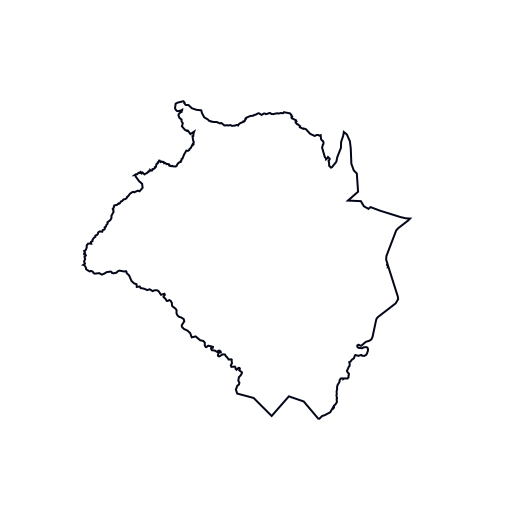 San José Miahuatlán, Puebla, Mexico, rotated 57°
{"feature_id": "50627088B64695964742161", "entity_name": "San José Miahuatlán", "entity_type": "district", "adm_level": 2, "iso_a3": "MEX", "parent_name": "Mexico", "parent_adm1": "Puebla", "projection": "mercator", "projection_center": [-97.317, 18.226], "detail": "fine", "context": "isolated", "style": "outline", "palette": "ink", "viewbox_px": 512, "rotation_deg": 57, "n_neighbors": 0, "source": "geoboundaries", "source_scale": "gbopen_adm2", "svg_char_len": 6131}
<svg xmlns="http://www.w3.org/2000/svg" viewBox="0 0 512 512"><g transform="rotate(57 256 256)"><path d="M426.2,292.4L427.0,291.5L426.2,287.7L426.9,285.3L427.5,278.9L425.1,274.1L425.9,274.1L425.6,273.1L424.0,272.2L423.8,270.4L422.6,267.7L419.8,266.2L419.6,265.6L416.8,264.5L415.4,263.2L413.8,262.4L411.5,260.2L410.5,259.8L408.7,258.0L407.0,254.4L405.8,253.6L404.9,251.7L406.0,249.6L406.4,249.4L406.8,249.7L406.9,248.4L408.6,245.9L408.2,244.5L406.9,243.8L406.4,243.0L405.3,242.2L403.8,242.5L402.0,242.4L399.6,238.8L399.1,237.3L397.2,236.0L395.8,235.6L396.0,234.1L395.2,232.2L395.1,229.6L393.2,227.1L393.2,226.6L395.5,224.5L396.3,221.6L397.5,221.3L398.8,219.5L398.9,217.5L398.2,216.0L396.0,213.3L394.3,212.5L393.3,212.5L392.3,213.4L391.2,215.5L391.2,217.2L388.9,220.0L387.5,220.5L386.2,219.8L386.3,218.3L388.5,216.9L388.6,216.5L387.8,210.6L388.8,207.3L388.8,204.7L387.2,202.2L375.1,190.1L374.1,188.7L373.6,186.9L371.8,164.7L369.6,160.3L367.4,159.2L337.6,151.0L337.3,151.5L336.9,150.9L334.8,151.0L334.5,150.6L334.8,150.2L329.9,148.8L327.1,146.7L310.9,124.5L310.1,121.3L309.1,109.2L308.5,106.4L306.1,109.7L302.2,113.5L285.7,127.2L277.4,133.3L277.7,136.0L273.1,138.4L267.1,138.2L259.6,148.7L257.7,135.4L241.7,126.5L237.5,127.4L230.6,125.8L217.3,117.9L211.0,114.8L203.6,113.6L199.8,114.8L202.5,117.2L206.8,122.6L211.5,125.8L217.3,133.9L220.7,137.3L222.9,144.0L222.7,145.0L220.2,145.5L217.5,143.9L215.8,143.4L215.1,141.6L214.2,141.2L212.2,141.7L212.9,143.2L213.1,144.6L212.2,144.2L210.6,144.4L201.2,141.6L198.9,139.1L198.7,138.3L197.6,137.6L196.4,137.2L194.6,137.8L193.2,137.7L189.9,136.0L189.7,137.2L188.5,137.8L187.5,139.4L187.3,141.4L183.1,144.0L176.8,145.1L175.0,146.6L175.1,147.1L171.9,149.1L171.2,148.3L168.2,149.3L168.0,149.7L165.6,150.1L164.7,149.4L165.0,148.7L164.0,148.5L159.9,151.0L159.1,150.7L158.9,149.8L157.7,150.0L157.4,149.5L154.9,149.8L150.6,154.3L151.0,155.3L150.7,156.0L149.7,157.1L148.7,159.7L147.8,160.5L146.4,164.3L145.3,165.7L143.6,166.4L142.5,170.4L141.3,171.0L140.8,171.7L140.7,174.5L137.9,175.8L137.5,176.6L137.3,179.3L136.7,180.7L136.8,182.1L135.5,184.4L134.7,189.0L135.0,189.9L135.5,189.8L135.9,191.1L136.6,191.8L136.3,193.0L136.7,193.0L136.7,193.5L136.0,196.5L136.1,198.7L136.8,199.9L135.7,200.6L135.1,202.7L133.8,205.3L132.3,206.1L131.4,208.3L130.8,208.7L129.3,211.4L125.6,212.6L125.2,214.0L122.1,216.1L120.3,218.9L119.4,219.5L118.9,220.5L118.2,220.6L117.2,221.6L115.1,222.1L111.5,223.9L106.8,223.5L104.0,222.6L101.0,226.3L97.2,229.3L92.7,230.4L91.0,232.7L88.7,232.9L88.2,232.3L86.6,232.7L84.7,238.2L84.5,240.4L87.9,243.4L89.6,243.7L91.4,243.3L92.7,241.3L92.7,240.3L93.2,239.7L93.2,238.3L93.7,238.7L93.8,239.6L94.6,239.9L94.4,241.0L94.9,243.5L95.7,244.4L98.6,245.0L100.9,244.1L102.6,245.1L104.8,245.1L106.9,247.5L111.3,246.9L113.5,245.8L113.3,245.3L113.8,244.8L118.0,244.6L118.0,240.1L119.4,241.9L121.2,243.2L120.9,244.0L125.4,246.0L126.4,246.1L127.1,246.5L127.4,247.3L128.3,247.6L128.3,248.5L128.7,248.9L128.7,249.3L128.3,249.2L130.0,252.1L130.0,253.5L130.8,254.4L130.7,255.9L129.7,257.0L131.7,261.0L134.3,264.7L134.1,265.5L135.5,266.8L135.4,267.4L136.1,267.9L135.6,269.9L136.1,271.7L137.2,273.6L137.2,274.6L135.5,276.9L134.8,277.1L134.5,278.2L133.7,279.0L133.1,278.9L132.7,279.5L131.8,279.0L130.6,280.1L130.4,280.8L128.6,281.5L128.2,282.5L127.2,282.2L126.5,282.5L126.1,283.4L125.4,283.6L125.2,284.9L123.6,284.8L123.2,285.3L123.9,286.4L124.0,287.5L124.8,287.9L124.7,289.4L126.7,291.4L126.4,292.4L127.2,293.0L127.3,293.8L126.8,295.5L127.7,296.4L127.2,297.5L126.4,297.8L126.9,298.1L126.3,299.0L126.9,300.1L126.6,300.5L127.0,301.4L126.8,305.1L124.2,305.7L124.5,307.1L123.7,307.4L122.9,306.9L122.5,307.1L122.9,308.4L122.3,309.2L122.4,310.1L122.8,310.9L122.0,312.3L122.1,313.8L122.4,313.3L124.2,313.6L129.6,313.3L133.4,312.2L137.0,313.9L138.3,318.4L136.8,319.6L136.3,323.4L135.4,323.9L135.0,325.5L135.2,328.0L136.1,330.3L136.2,331.9L136.7,332.2L137.1,333.8L137.1,334.7L136.4,336.3L137.0,338.1L136.7,339.4L137.6,341.5L137.6,342.4L137.0,342.7L137.4,344.8L136.4,347.3L137.1,348.3L137.9,348.8L138.5,350.5L139.6,350.4L140.1,351.0L141.3,351.3L143.6,355.4L145.4,356.5L146.5,358.5L146.9,362.3L147.6,362.5L148.2,363.2L148.6,364.8L149.6,365.8L149.5,367.3L150.5,367.7L151.2,368.5L150.8,370.4L151.9,371.7L150.2,373.8L150.3,375.5L151.4,376.6L151.7,377.8L151.4,379.6L152.5,380.4L152.4,381.5L152.9,383.3L153.6,384.5L154.4,384.9L154.3,386.7L156.0,387.5L154.9,388.6L154.2,390.3L154.9,392.2L156.6,393.3L158.1,395.2L158.4,396.4L158.2,397.4L159.8,397.5L160.3,398.8L161.0,399.2L161.6,398.2L162.9,398.4L163.4,400.4L165.3,400.8L167.0,403.2L169.3,403.6L169.4,405.6L169.9,405.1L171.4,404.9L173.1,405.0L174.2,405.6L175.6,405.3L178.4,403.9L178.5,402.8L179.2,402.0L180.7,401.4L182.0,401.5L183.0,400.8L185.0,396.8L187.6,395.5L188.1,393.4L188.2,390.1L189.8,386.5L190.6,385.9L191.8,386.0L192.8,385.1L194.0,382.2L193.6,380.4L193.8,378.6L197.2,375.0L197.9,373.3L198.5,373.2L199.9,373.8L203.2,373.0L209.0,374.0L212.5,373.2L214.5,371.6L217.0,372.8L218.3,370.1L220.1,370.2L222.2,367.9L225.4,365.7L226.0,363.3L229.2,361.8L229.4,360.0L230.7,357.8L232.2,356.9L236.8,356.8L237.8,353.4L238.9,353.6L239.8,355.8L240.4,355.9L242.3,355.3L245.1,355.3L245.6,354.6L245.7,352.8L247.1,352.0L249.4,352.1L251.6,353.3L252.8,353.5L256.2,352.2L258.1,352.1L260.8,353.9L263.2,354.2L265.3,353.5L266.8,352.2L269.5,351.0L271.7,351.7L273.6,356.0L275.0,356.7L277.7,356.3L281.3,354.1L284.8,353.2L289.2,354.2L290.6,350.4L296.3,348.7L298.5,346.5L300.7,346.1L303.2,347.7L305.0,347.7L305.4,347.1L305.2,344.9L308.7,341.6L309.4,342.1L308.9,343.9L309.6,344.3L311.0,344.3L312.8,342.1L315.2,340.9L315.0,338.9L315.7,338.0L317.0,337.7L317.7,338.0L316.7,339.9L318.3,341.9L319.4,342.2L320.2,341.5L320.4,337.3L321.9,335.6L323.5,335.9L325.2,335.4L328.0,335.3L329.0,333.2L329.7,332.8L330.9,333.7L332.8,334.5L334.0,336.7L335.6,337.0L337.2,334.0L338.0,333.9L339.5,334.5L340.8,334.3L340.3,331.6L340.8,330.9L341.3,330.8L341.9,331.0L342.8,332.3L345.6,331.2L346.3,331.3L347.7,333.6L348.3,336.3L351.0,338.8L353.2,338.9L354.4,340.2L354.7,341.3L354.5,342.1L357.0,345.6L361.1,346.7L373.8,335.3L398.7,330.0L391.6,304.9L404.0,295.2L426.2,292.4Z" fill="none" stroke="#020617" stroke-width="2"/></g></svg>